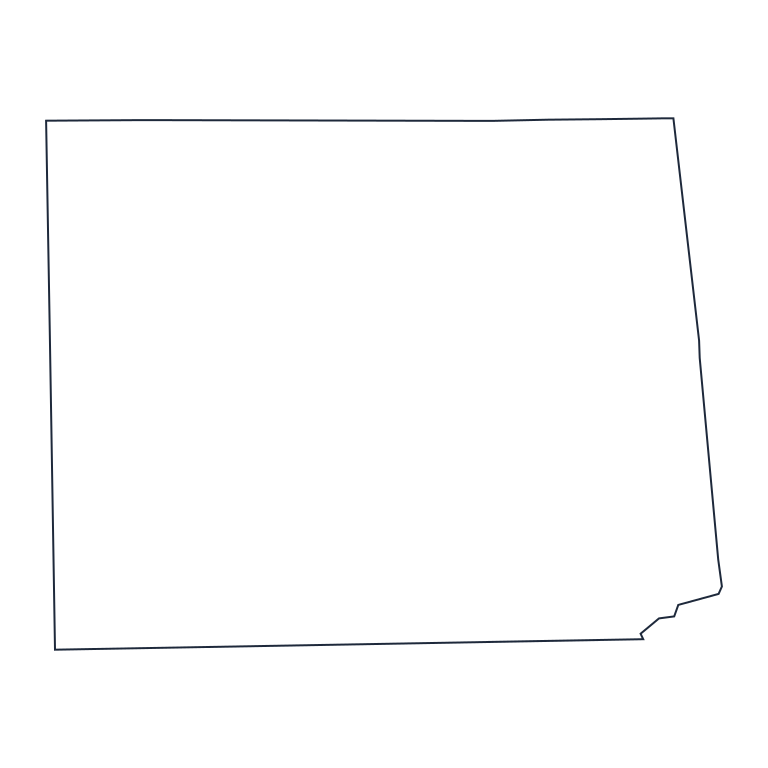 the district of Tioga, Pennsylvania, United States of America
{"feature_id": "52423323B23673127244942", "entity_name": "Tioga", "entity_type": "district", "adm_level": 2, "iso_a3": "USA", "parent_name": "United States of America", "parent_adm1": "Pennsylvania", "projection": "natural_earth1", "projection_center": [-77.118, 41.772], "detail": "fine", "context": "isolated", "style": "outline", "palette": "slate", "viewbox_px": 768, "rotation_deg": 0, "n_neighbors": 0, "source": "geoboundaries", "source_scale": "gbopen_adm2", "svg_char_len": 422}
<svg xmlns="http://www.w3.org/2000/svg" viewBox="0 0 768 768"><path d="M55.0,649.7L643.2,639.2L640.6,633.7L659.0,618.4L674.2,616.4L678.3,604.9L718.6,593.9L721.9,586.5L718.2,559.4L699.7,357.9L699.1,340.7L673.4,118.3L664.2,118.3L659.2,118.4L637.9,118.7L599.5,119.2L599.4,119.2L547.9,119.7L491.9,120.9L187.0,120.2L142.3,120.1L46.1,120.7L49.8,332.9L51.5,435.9L55.0,649.7Z" fill="none" stroke="#1e293b" stroke-width="2"/></svg>